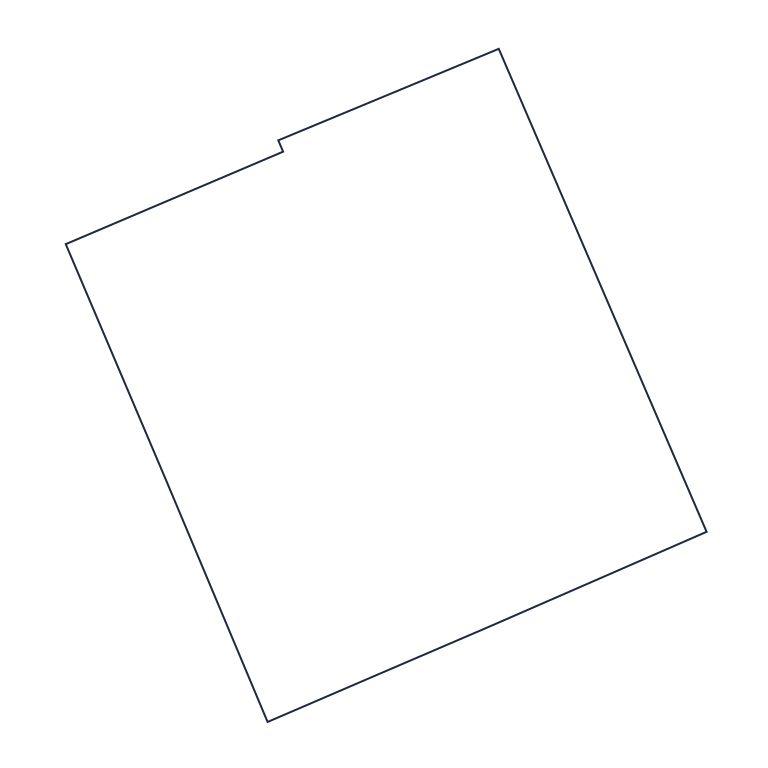 Delaware, Iowa, United States of America (Robinson projection), rotated 67°
{"feature_id": "52423323B18552254627235", "entity_name": "Delaware", "entity_type": "district", "adm_level": 2, "iso_a3": "USA", "parent_name": "United States of America", "parent_adm1": "Iowa", "projection": "robinson", "projection_center": [-91.343, 42.471], "detail": "fine", "context": "isolated", "style": "outline", "palette": "slate", "viewbox_px": 768, "rotation_deg": 67, "n_neighbors": 0, "source": "geoboundaries", "source_scale": "gbopen_adm2", "svg_char_len": 285}
<svg xmlns="http://www.w3.org/2000/svg" viewBox="0 0 768 768"><g transform="rotate(67 384 384)"><path d="M649.6,623.2L649.0,504.5L648.5,383.4L646.1,144.8L120.3,147.4L118.4,386.1L130.7,386.1L130.9,622.3L390.6,622.2L649.6,623.2Z" fill="none" stroke="#1e293b" stroke-width="2"/></g></svg>